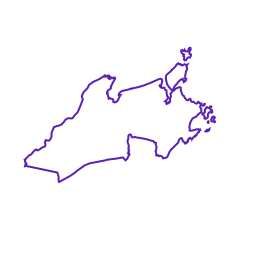 the district of Prey Nob, Krong Preah Sihanouk, Cambodia, rotated 226°
{"feature_id": "14789045B88399484092706", "entity_name": "Prey Nob", "entity_type": "district", "adm_level": 2, "iso_a3": "KHM", "parent_name": "Cambodia", "parent_adm1": "Krong Preah Sihanouk", "projection": "equal_earth", "projection_center": [103.742, 10.678], "detail": "fine", "context": "isolated", "style": "outline", "palette": "violet", "viewbox_px": 256, "rotation_deg": 226, "n_neighbors": 0, "source": "geoboundaries", "source_scale": "gbopen_adm2", "svg_char_len": 5917}
<svg xmlns="http://www.w3.org/2000/svg" viewBox="0 0 256 256"><g transform="rotate(226 128 128)"><path d="M172.0,27.4L171.2,28.8L169.9,29.2L169.5,29.7L145.1,46.2L141.6,44.5L137.5,40.9L137.0,41.0L133.6,53.5L132.8,58.3L132.6,61.7L131.2,70.9L129.2,75.9L120.5,89.2L119.5,91.2L114.0,98.5L110.5,103.7L109.8,104.0L106.5,103.7L106.4,106.1L107.4,108.6L107.8,110.6L108.0,110.6L108.0,109.6L108.9,111.1L109.4,111.2L109.9,110.8L110.1,111.8L110.6,111.8L110.9,112.3L111.1,113.1L111.5,113.1L112.7,113.8L112.9,114.4L113.1,114.3L113.5,114.7L114.5,116.1L118.6,118.2L120.3,121.0L121.7,122.4L122.4,123.4L122.2,124.6L122.0,125.0L121.4,125.3L120.5,125.2L119.1,124.4L118.3,124.6L117.4,125.5L116.7,126.8L115.0,127.7L113.0,129.4L107.6,133.2L100.6,137.2L99.5,136.8L97.9,137.8L97.1,136.6L94.6,135.4L92.4,132.6L92.1,131.6L91.2,131.4L89.0,129.7L88.7,129.3L87.9,129.8L87.6,130.8L86.3,130.7L85.3,132.1L84.0,132.7L83.4,132.4L82.8,132.6L81.7,132.2L80.0,135.2L79.9,135.9L80.5,137.9L82.0,141.3L82.5,143.7L82.6,153.8L84.0,156.5L84.1,158.4L83.7,159.3L83.3,159.6L81.0,158.7L80.4,158.2L78.4,158.8L77.7,158.3L77.4,158.5L77.1,158.4L77.0,158.9L76.7,158.9L76.6,159.2L77.0,160.7L76.4,161.0L76.4,161.3L77.2,162.0L77.2,162.4L77.7,162.7L77.8,163.8L78.1,164.2L77.8,164.6L78.1,164.7L77.8,165.9L76.2,166.0L75.8,167.1L75.6,166.9L75.9,168.5L75.7,169.8L75.2,170.3L75.3,170.8L75.7,170.4L75.9,170.6L75.9,171.3L75.5,172.8L76.2,175.6L75.8,176.1L76.3,176.7L76.5,178.0L76.3,178.6L76.9,178.9L77.5,178.0L78.6,177.6L79.0,176.7L79.6,176.1L81.9,171.8L83.1,170.7L83.3,170.6L83.4,171.1L86.1,172.9L87.4,174.6L89.0,177.4L90.1,181.3L88.9,184.3L89.0,188.7L88.7,190.9L88.2,191.8L89.2,192.4L90.8,193.9L93.2,194.5L94.1,196.9L94.7,197.8L95.5,196.8L96.7,197.0L98.0,196.8L98.1,196.4L97.5,195.9L97.5,195.2L98.0,194.2L99.0,193.5L101.4,193.4L102.1,192.3L102.7,192.0L104.1,192.3L105.7,193.1L106.2,192.3L106.1,190.7L106.8,189.9L107.4,189.7L110.0,189.7L112.4,190.5L113.2,190.1L113.8,190.1L117.6,191.7L119.6,193.2L120.3,194.0L121.4,193.6L122.1,192.5L123.1,189.8L123.0,187.6L123.5,186.5L123.2,182.7L122.9,182.1L120.9,180.9L119.8,178.4L117.9,177.0L117.5,175.3L117.8,174.5L118.2,174.6L117.9,173.7L118.3,173.3L118.4,172.7L119.0,173.0L119.2,172.7L119.9,173.5L120.6,173.9L121.4,173.3L121.4,176.8L122.2,178.4L123.4,178.2L124.9,179.0L128.4,181.8L129.9,181.3L130.6,181.5L131.6,182.2L132.0,182.0L133.0,180.5L133.7,180.3L134.0,179.9L135.2,179.8L136.5,180.1L136.6,180.5L135.7,180.9L135.4,181.3L138.1,185.3L138.6,185.8L139.7,186.2L140.9,185.5L141.9,183.7L144.7,175.8L147.8,168.6L150.3,163.7L153.7,158.3L153.7,157.8L154.1,157.8L155.7,154.4L158.1,150.6L159.1,148.4L159.1,146.0L158.3,144.2L158.1,144.1L156.9,145.5L156.1,142.6L155.2,140.8L154.8,137.6L156.0,135.8L157.3,135.6L157.8,136.6L158.6,137.0L159.5,137.0L161.2,135.9L162.4,135.6L162.6,135.1L162.3,134.8L162.4,134.5L165.8,136.5L167.1,136.7L167.2,137.5L167.6,137.3L168.3,137.7L168.9,139.1L168.4,142.9L168.8,143.7L170.0,144.6L169.9,145.4L170.9,147.8L172.3,152.5L172.6,153.2L173.0,153.5L173.6,153.5L174.2,152.6L174.2,151.7L176.0,151.1L175.9,150.8L176.1,150.2L175.6,149.7L176.1,148.7L177.0,148.6L177.2,149.4L177.2,150.1L177.4,150.2L177.6,149.1L178.3,148.9L178.7,150.3L178.5,150.7L178.9,150.8L179.5,149.8L179.2,149.6L179.2,149.3L179.7,149.6L179.8,149.4L180.3,148.2L180.4,148.5L180.9,148.0L181.5,148.2L182.0,148.0L182.1,145.8L182.7,143.7L182.9,141.9L185.4,134.9L186.0,129.9L184.8,126.5L184.6,120.9L183.2,117.2L182.4,116.4L180.1,115.5L177.7,110.7L174.6,103.5L174.2,102.0L174.2,98.6L173.6,94.9L173.9,94.2L176.3,92.1L177.0,90.9L177.4,87.9L176.8,85.9L176.7,82.6L177.8,79.7L179.1,78.0L179.2,77.0L180.1,75.6L177.8,69.9L174.9,66.9L173.9,64.5L173.8,62.4L174.1,62.0L176.4,60.4L175.7,58.7L173.5,57.1L172.7,56.2L172.5,55.5L173.8,52.0L173.9,50.0L174.4,48.0L175.0,47.1L175.8,47.3L176.4,47.0L176.7,46.2L176.7,43.4L176.2,40.0L177.1,37.9L176.9,36.4L176.9,32.6L176.6,32.4L176.8,31.6L176.3,31.6L176.0,31.0L175.0,30.4L174.3,30.5L174.0,30.2L172.8,30.0L173.2,29.2L172.0,27.4ZM130.5,186.1L126.4,185.7L124.9,186.0L124.4,186.6L124.4,187.2L125.1,188.7L125.6,190.5L125.9,194.4L126.2,195.8L126.2,199.3L125.4,201.6L124.3,200.8L123.7,200.8L122.2,200.0L122.1,200.4L122.5,201.8L122.4,202.2L122.0,202.4L122.6,203.0L122.8,203.8L123.3,203.3L123.8,203.3L126.0,205.7L128.7,209.4L128.7,210.3L129.2,211.3L130.4,212.4L130.8,212.3L131.4,212.6L132.1,213.6L132.4,214.7L132.7,213.9L133.3,213.4L134.7,212.9L135.0,211.1L135.3,210.6L136.3,210.5L136.4,209.9L137.8,209.9L138.5,209.0L139.4,209.3L139.8,208.8L139.9,206.7L139.4,205.7L139.2,201.7L139.5,199.7L139.2,199.6L139.1,198.4L139.4,194.5L139.4,192.4L138.9,191.4L137.0,189.3L132.7,186.7L130.5,186.1ZM138.4,215.8L137.2,215.8L136.5,217.0L136.5,217.6L137.0,218.1L137.1,219.8L136.6,220.9L135.7,221.4L136.2,223.4L137.2,224.4L138.2,223.8L138.9,223.7L140.1,225.2L140.9,227.6L142.1,228.6L142.7,228.4L142.9,227.5L142.7,226.3L141.8,225.2L142.0,223.6L143.6,222.4L144.9,223.0L144.7,222.2L144.8,221.6L145.3,221.2L146.4,221.2L146.8,220.0L144.9,218.7L143.6,218.9L142.9,218.7L142.5,219.2L141.9,218.8L141.7,219.0L141.3,217.8L140.3,218.0L138.4,215.8ZM83.2,191.2L82.4,190.7L82.2,189.9L81.6,189.6L80.8,190.1L80.4,191.0L80.2,192.5L80.6,193.3L82.2,194.8L82.9,196.5L82.6,198.0L81.7,198.5L81.2,198.5L80.8,198.9L80.8,199.6L81.8,200.2L82.3,200.8L82.7,200.9L83.3,200.1L84.1,200.2L85.0,200.9L85.4,202.7L86.1,202.7L86.4,202.1L85.7,201.3L86.0,200.3L87.1,199.5L88.3,199.3L88.2,198.1L87.8,197.3L87.9,196.5L87.3,195.2L86.3,194.8L86.0,194.3L85.9,193.7L86.3,191.4L85.9,190.9L84.6,191.3L83.2,191.2ZM77.3,196.2L76.3,193.6L74.9,192.7L74.3,193.0L73.3,194.1L72.1,194.2L71.9,194.9L72.2,195.2L73.5,194.6L74.0,194.9L74.8,195.7L75.2,197.8L75.4,197.9L76.7,197.7L77.3,196.2ZM70.7,185.9L70.8,184.9L71.2,184.2L71.8,183.8L71.7,182.7L71.9,181.7L71.8,181.4L70.7,182.3L70.5,183.2L70.0,184.1L70.1,185.2L70.7,185.9ZM92.0,200.0L92.4,199.4L92.0,196.5L91.5,198.9L91.8,199.9L92.0,200.0ZM77.0,190.4L77.1,189.8L77.0,189.5L76.1,189.2L75.9,189.5L76.3,190.2L77.0,190.4Z" fill="none" stroke="#5b21b6" stroke-width="2"/></g></svg>